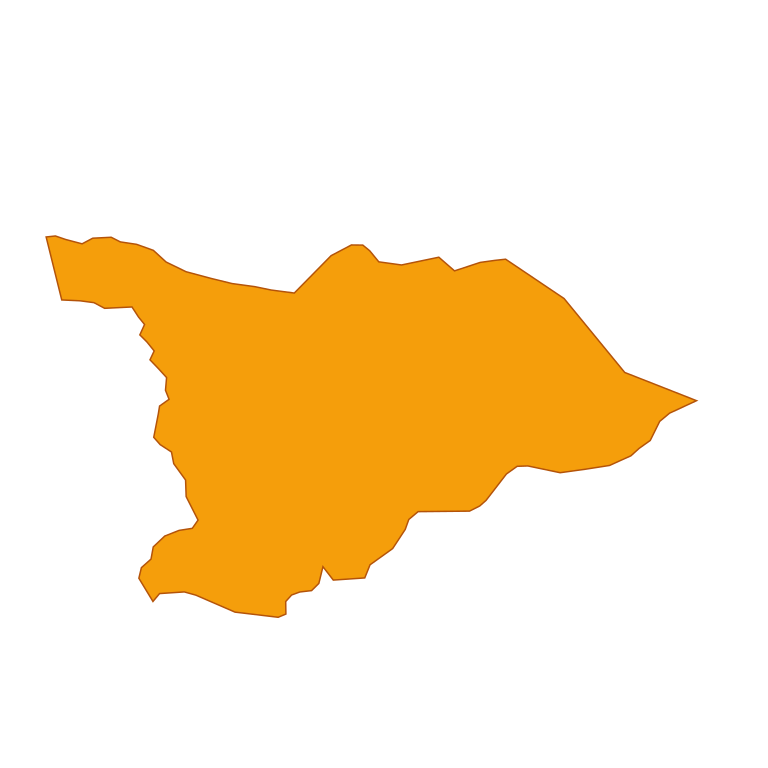 São Vicente, Rio Grande do Norte, Brazil, rotated 79°
{"feature_id": "56859067B27519225509016", "entity_name": "São Vicente", "entity_type": "district", "adm_level": 2, "iso_a3": "BRA", "parent_name": "Brazil", "parent_adm1": "Rio Grande do Norte", "projection": "albers", "projection_center": [-36.661, -6.196], "detail": "fine", "context": "isolated", "style": "filled", "palette": "amber", "viewbox_px": 768, "rotation_deg": 79, "n_neighbors": 0, "source": "geoboundaries", "source_scale": "gbopen_adm2", "svg_char_len": 1333}
<svg xmlns="http://www.w3.org/2000/svg" viewBox="0 0 768 768"><g transform="rotate(79 384 384)"><path d="M553.4,652.3L546.9,644.3L550.0,619.7L555.3,609.1L579.5,573.8L592.8,532.4L591.1,524.2L578.8,522.0L573.5,515.0L572.1,506.3L573.0,494.5L567.3,486.0L551.7,478.8L566.8,471.2L570.7,439.9L558.8,432.2L547.2,406.9L530.8,390.9L521.7,385.5L515.8,374.9L525.1,324.3L522.0,313.3L517.7,306.0L495.7,281.0L490.2,269.0L491.9,258.4L504.7,228.0L506.1,202.2L507.0,178.1L504.2,166.4L501.6,155.3L495.9,145.9L490.2,133.4L473.3,120.5L467.1,109.2L460.0,80.4L418.6,145.5L334.5,190.9L284.7,240.8L283.8,251.6L283.0,266.4L286.4,293.2L270.0,306.0L270.5,344.1L263.1,365.8L250.5,372.6L243.6,378.3L241.3,389.5L247.9,411.4L277.6,454.7L270.2,476.9L263.8,492.2L256.4,514.0L247.5,533.3L236.0,556.9L222.7,574.6L208.8,584.9L199.7,600.2L194.2,615.7L187.9,623.8L185.3,642.1L188.8,653.6L181.4,668.9L176.0,678.3L175.2,687.6L240.0,684.3L244.3,666.6L248.8,653.2L256.4,643.8L260.3,616.7L271.4,612.2L279.9,607.7L289.2,614.3L297.5,608.7L307.7,603.3L315.6,609.1L326.0,602.4L336.2,596.2L348.5,599.7L358.0,597.9L362.8,608.5L370.4,611.3L392.4,620.2L400.8,615.3L410.2,605.6L422.1,605.6L440.4,597.1L456.8,599.7L482.1,592.5L489.1,599.7L488.6,613.1L491.4,628.2L499.9,641.6L511.4,646.1L518.0,657.2L527.9,661.7L553.4,652.3Z" fill="#f59e0b" stroke="#b45309" stroke-width="1.5"/></g></svg>